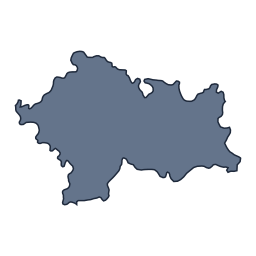 the district of Babruysk, Mogilev, Belarus
{"feature_id": "67162791B49466941565536", "entity_name": "Babruysk", "entity_type": "district", "adm_level": 2, "iso_a3": "BLR", "parent_name": "Belarus", "parent_adm1": "Mogilev", "projection": "orthographic", "projection_center": [29.167, 53.064], "detail": "fine", "context": "isolated", "style": "filled", "palette": "slate", "viewbox_px": 256, "rotation_deg": 0, "n_neighbors": 0, "source": "geoboundaries", "source_scale": "gbopen_adm2", "svg_char_len": 5101}
<svg xmlns="http://www.w3.org/2000/svg" viewBox="0 0 256 256"><path d="M240.5,158.0L238.9,156.9L234.2,154.8L232.3,153.3L230.0,151.9L228.5,150.2L226.8,147.6L225.9,145.8L224.6,143.1L226.3,140.2L227.7,137.0L229.1,134.9L230.3,132.7L230.5,130.0L229.5,127.3L227.2,128.0L224.1,128.2L220.5,126.9L219.2,124.6L217.9,121.8L218.0,118.5L219.0,117.5L221.0,116.4L222.4,114.6L222.7,112.7L222.4,110.1L222.5,106.7L223.2,104.1L224.7,102.0L225.3,101.6L224.5,100.3L223.9,97.9L223.8,94.5L223.1,92.3L221.2,91.3L219.4,92.4L218.2,93.2L216.4,92.2L216.5,89.7L217.1,88.5L217.7,87.1L218.0,85.8L217.9,84.9L216.6,84.1L214.7,83.9L211.7,84.5L210.4,86.1L210.0,87.5L208.9,88.8L206.1,89.5L204.5,89.5L203.7,91.2L203.5,92.2L202.0,93.0L200.6,93.3L198.0,94.1L196.9,95.5L195.9,97.6L194.9,99.2L193.8,100.2L191.4,101.3L189.4,101.3L186.6,101.1L184.4,100.2L183.0,98.7L181.5,96.0L180.6,93.9L179.6,91.2L178.9,88.0L178.9,86.4L178.8,85.0L179.4,83.8L179.5,82.2L178.1,81.2L176.4,81.0L174.8,82.7L173.1,84.5L171.3,85.0L168.2,84.7L166.1,83.6L164.2,82.3L162.7,81.0L161.2,80.6L158.1,80.4L156.2,80.1L152.9,79.8L151.3,79.4L148.1,78.7L144.7,79.4L144.0,81.0L145.2,82.8L146.8,83.1L149.0,83.7L150.5,84.7L152.3,86.4L153.1,88.1L153.2,90.8L152.3,92.3L151.1,93.2L148.8,94.3L148.4,94.8L146.8,96.7L146.1,97.5L144.6,97.6L143.0,95.0L142.6,93.4L142.1,92.1L140.9,90.9L139.6,89.5L138.6,87.4L138.5,85.6L139.1,83.9L139.9,82.8L140.4,81.5L139.8,79.2L137.6,78.4L135.6,79.6L134.7,81.4L133.9,82.5L132.6,83.2L131.6,82.7L130.4,80.5L129.9,79.1L129.4,77.8L128.1,75.7L126.9,75.2L126.1,74.0L126.3,71.4L126.3,70.7L125.2,70.0L121.0,69.8L119.3,69.7L117.5,69.0L116.6,68.1L115.7,67.1L114.8,66.7L113.2,67.0L112.2,66.6L112.0,64.8L111.8,63.2L110.7,62.5L109.1,62.2L107.5,61.6L106.1,60.0L105.1,58.3L104.2,57.5L102.5,57.5L100.8,57.0L98.8,55.8L98.6,55.8L96.4,55.8L93.8,56.7L92.6,57.4L91.1,57.4L88.0,57.3L87.1,57.0L86.3,55.8L84.8,53.7L83.6,52.1L82.0,51.5L79.8,51.3L77.1,51.7L75.1,52.4L73.5,53.2L72.6,54.9L71.7,56.8L71.2,58.0L70.8,60.2L71.6,61.9L72.0,62.9L73.3,64.6L75.2,64.9L76.4,65.7L77.4,67.5L77.6,68.6L77.2,70.1L76.8,71.1L76.0,71.8L74.1,71.9L72.1,71.9L69.8,72.1L68.1,72.6L66.9,73.6L66.5,74.5L65.8,75.8L64.7,77.8L63.4,78.2L61.9,78.1L60.4,77.5L58.6,77.2L56.8,77.0L55.2,77.9L53.9,80.1L53.5,81.8L53.4,84.1L52.9,86.1L51.9,88.5L51.3,90.0L50.3,91.3L48.9,92.6L47.2,93.3L45.5,94.2L44.2,95.0L43.1,96.4L42.5,97.8L41.9,100.4L40.9,101.7L39.6,102.6L37.5,103.4L35.6,103.9L34.7,104.4L33.5,105.4L32.5,106.7L31.9,107.3L30.9,108.3L29.5,108.8L28.7,108.4L28.8,107.0L28.9,105.8L28.5,104.9L27.5,104.7L26.4,104.9L24.8,105.4L23.1,106.2L21.4,106.9L20.2,107.0L20.8,105.2L21.0,103.0L21.1,100.8L19.3,100.0L18.4,100.2L18.2,101.4L17.8,102.4L16.9,104.0L15.4,105.6L15.7,106.7L15.8,109.8L16.1,111.0L17.0,112.2L18.5,113.9L19.8,115.5L20.5,116.9L20.7,118.6L20.5,119.9L19.9,121.1L19.3,122.1L19.4,123.2L20.2,124.4L21.5,124.6L23.4,124.4L25.2,123.1L26.2,122.4L27.9,122.3L30.6,122.1L33.5,122.3L34.9,122.7L36.4,123.4L37.2,124.3L38.0,125.2L38.5,126.6L39.0,128.8L39.3,130.3L38.7,132.7L38.0,134.0L37.3,134.8L36.6,135.7L35.7,137.1L35.8,138.6L36.5,139.3L37.7,140.2L37.9,140.7L37.5,142.1L38.0,142.8L38.6,143.2L39.4,143.4L40.4,143.4L42.5,142.6L44.7,142.7L46.7,143.0L48.1,143.5L49.0,144.2L49.9,145.4L50.3,146.7L50.1,148.8L50.0,150.4L50.9,151.0L52.5,150.8L53.5,149.8L54.3,149.1L55.3,148.4L56.5,149.1L57.6,150.1L59.0,151.1L60.1,152.8L60.1,153.8L59.8,154.6L59.0,155.9L57.9,156.6L57.5,158.0L57.8,158.6L59.2,159.6L60.4,160.3L61.3,161.6L61.3,162.8L61.2,164.2L61.4,165.7L62.8,166.8L64.1,166.3L64.7,164.5L65.2,162.8L66.5,160.5L67.6,160.6L68.6,161.6L69.7,163.1L71.2,164.7L72.7,166.1L73.4,168.6L73.0,170.0L72.2,171.4L71.0,172.9L69.4,173.8L68.4,174.7L68.0,176.4L68.2,177.9L68.6,179.5L68.6,180.8L69.2,182.2L69.9,183.9L69.4,186.4L68.5,187.7L67.3,188.7L65.1,189.5L64.2,189.8L62.9,190.9L62.5,192.0L62.7,193.4L63.4,195.1L63.4,197.2L63.6,198.8L63.1,200.6L62.6,202.5L62.9,203.9L64.5,204.7L66.0,204.5L67.2,204.1L68.2,203.3L69.2,202.4L70.8,201.9L72.5,202.3L74.5,203.0L75.9,203.8L76.7,204.5L76.7,201.7L78.2,200.6L81.6,200.6L84.2,200.6L88.1,199.9L90.7,199.6L93.7,198.6L95.4,198.3L96.9,198.0L99.2,197.0L100.9,197.6L102.2,199.6L103.6,200.9L105.5,200.2L107.2,198.6L108.4,197.0L109.0,195.7L108.5,194.0L108.8,191.6L109.1,190.0L108.5,188.0L107.5,185.7L107.3,183.8L108.4,182.1L110.3,180.1L112.7,177.8L114.4,176.0L117.0,173.0L118.9,170.7L119.8,168.7L120.2,166.3L121.6,164.4L121.9,162.1L121.9,160.4L122.6,158.4L123.8,157.9L125.9,158.8L127.1,160.4L128.1,162.8L130.7,164.0L133.3,164.7L135.1,167.4L137.1,169.3L141.3,170.0L143.9,169.6L148.1,169.4L151.8,169.4L154.5,169.7L157.1,171.7L158.3,173.4L160.1,176.4L162.9,177.5L163.0,177.6L164.6,177.4L165.5,176.8L166.2,174.7L166.7,172.7L167.5,172.1L169.0,172.9L169.6,174.2L169.8,175.9L171.1,178.8L173.8,181.5L177.6,181.2L180.6,179.6L183.7,176.9L186.6,173.3L190.0,170.5L193.7,167.5L197.2,166.3L201.9,166.0L204.1,166.3L206.5,167.6L208.7,168.2L210.0,167.9L212.0,166.3L213.4,164.7L215.8,164.4L217.4,165.2L220.3,166.4L223.6,167.2L225.9,167.0L228.1,167.7L226.7,170.2L228.0,172.3L230.8,171.2L234.0,171.3L236.9,170.7L237.0,168.8L237.2,164.8L238.2,163.8L240.1,161.6L240.6,158.2L240.5,158.0Z" fill="#64748b" stroke="#1e293b" stroke-width="1.5"/></svg>